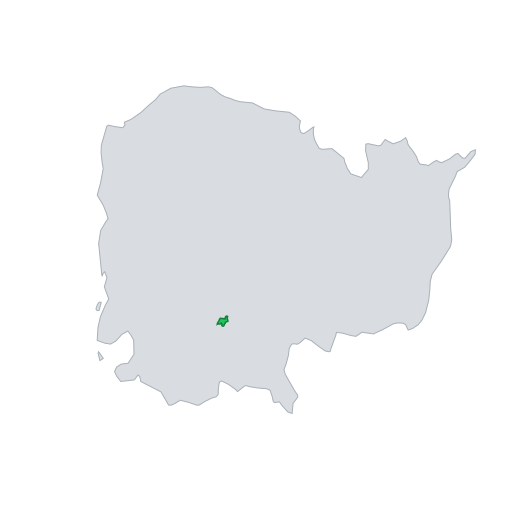 Praek Pnov, Kândal, Cambodia (highlighted), rotated 18°
{"feature_id": "14789045B33152667021058", "entity_name": "Praek Pnov", "entity_type": "district", "adm_level": 2, "iso_a3": "KHM", "parent_name": "Cambodia", "parent_adm1": "Kândal", "projection": "robinson", "projection_center": [104.788, 11.648], "detail": "fine", "context": "in_parent", "style": "filled", "palette": "green", "viewbox_px": 512, "rotation_deg": 18, "n_neighbors": 0, "source": "geoboundaries", "source_scale": "gbopen_adm2", "svg_char_len": 4469}
<svg xmlns="http://www.w3.org/2000/svg" viewBox="0 0 512 512"><g transform="rotate(18 256 256)"><path d="M431.8,87.2L432.9,91.5L430.1,99.7L427.0,107.2L421.2,113.6L421.0,118.4L419.0,132.7L419.8,137.2L421.2,141.1L423.0,143.2L428.1,157.1L432.7,169.8L437.2,180.2L438.0,186.8L433.9,203.5L429.1,218.9L429.6,226.5L431.7,234.2L433.9,244.4L434.8,257.4L433.6,265.9L431.4,271.2L427.3,276.6L423.6,279.4L419.3,274.8L415.8,274.6L411.1,276.0L407.5,278.1L400.0,286.1L391.8,293.8L380.3,295.8L375.9,301.5L371.1,302.3L362.0,302.6L356.1,303.9L356.4,306.8L355.9,320.5L356.1,323.6L355.2,324.5L351.1,324.9L344.1,322.8L334.7,319.4L328.0,318.9L324.6,324.9L322.5,327.2L320.0,327.5L317.4,328.6L316.5,331.2L316.3,334.5L317.5,340.2L318.0,349.2L317.7,355.4L320.2,359.3L334.5,372.3L338.8,375.6L339.3,377.5L336.8,384.6L339.0,394.6L334.5,394.5L327.0,390.2L323.4,387.5L319.1,389.6L317.5,389.2L314.6,384.3L310.8,379.3L306.8,379.0L298.4,381.0L289.9,382.3L286.6,382.3L285.3,383.2L280.3,390.7L278.2,389.4L269.6,386.6L261.8,385.5L260.1,387.4L261.1,393.5L262.8,399.4L261.8,402.0L257.5,405.1L251.8,410.7L248.3,415.1L245.9,416.2L237.2,416.0L228.5,416.6L225.0,420.7L221.8,423.9L219.0,424.8L207.6,414.6L185.2,411.0L182.7,406.5L180.6,405.6L178.5,411.5L166.2,417.1L161.0,413.7L157.2,409.6L157.8,404.6L161.3,400.4L167.5,397.5L170.3,387.1L165.7,373.9L161.6,370.0L157.3,367.0L152.7,371.9L148.9,380.3L144.9,384.7L139.3,385.6L131.0,385.3L127.8,372.7L126.8,361.9L127.9,349.6L129.2,342.3L121.3,332.2L120.9,322.6L117.0,317.7L115.9,320.2L116.0,322.9L114.9,321.0L102.5,292.8L100.4,279.8L102.6,269.7L103.8,266.4L100.2,261.1L95.2,255.1L86.2,247.2L85.6,234.8L83.7,220.1L81.0,215.1L76.9,206.1L74.7,198.6L74.0,178.8L75.1,177.2L81.5,176.6L89.6,175.2L90.9,172.0L89.5,169.4L94.7,164.9L102.2,155.1L108.0,144.8L112.2,138.3L114.7,131.9L123.1,122.8L134.7,116.5L142.5,115.0L150.7,112.9L158.5,109.8L162.3,109.5L172.0,113.2L177.2,114.2L182.8,114.1L188.5,114.5L193.5,114.1L205.4,111.5L218.1,113.6L229.4,112.0L243.3,109.0L250.2,110.9L256.5,113.8L257.3,119.9L258.8,122.6L260.9,124.8L263.7,124.8L267.2,120.5L270.2,116.2L271.2,115.4L271.3,117.5L272.8,122.2L275.5,126.9L278.2,129.9L282.7,134.0L285.6,134.2L295.1,130.4L309.5,136.0L311.1,138.8L315.8,144.5L320.8,148.6L332.0,148.8L336.0,138.8L334.0,132.6L327.7,122.0L325.9,115.7L327.9,114.5L338.7,113.4L340.5,112.1L342.9,105.2L345.8,106.0L351.8,106.9L358.1,102.1L361.8,97.2L363.9,99.4L366.1,102.9L368.6,104.9L373.1,107.9L378.1,112.1L381.3,116.3L383.8,117.9L390.2,116.7L391.9,116.9L395.6,111.9L398.2,109.2L400.5,109.9L403.7,109.9L410.4,103.5L414.2,97.6L416.3,96.1L422.3,99.0L424.7,98.4L428.1,90.3L431.8,87.2ZM123.6,356.1L122.4,356.9L121.2,356.8L120.1,355.7L120.2,351.1L121.1,348.4L123.1,347.9L123.6,356.1ZM142.4,400.6L139.9,403.7L135.9,397.4L135.9,395.7L142.4,400.6Z" fill="#d9dde1" stroke="#a8b0b8" stroke-width="1"/><path d="M248.6,325.3L248.5,325.1L248.4,324.9L248.2,324.5L248.0,324.2L247.9,323.9L247.9,323.7L247.8,323.4L247.7,323.1L247.7,322.8L247.6,322.4L247.6,322.2L247.4,322.2L247.1,322.2L246.9,322.2L246.6,322.2L246.4,322.3L246.4,322.5L246.5,322.8L246.4,322.8L246.2,322.8L245.9,323.0L245.9,323.4L245.9,323.5L245.8,323.8L245.8,324.0L246.0,324.3L245.8,324.6L245.7,324.7L245.6,324.9L245.5,325.2L245.5,325.3L245.7,325.5L245.4,325.6L245.2,325.6L244.8,325.6L244.7,325.7L244.4,325.6L244.2,325.7L243.9,325.7L243.7,325.7L243.4,325.8L243.2,325.9L242.7,326.0L242.2,326.1L241.8,326.1L241.6,326.1L241.4,326.2L241.2,326.3L241.2,326.6L241.2,326.8L241.2,327.0L240.8,327.6L240.9,327.8L240.9,328.0L240.9,328.5L240.8,329.0L240.7,329.3L240.7,329.5L240.6,329.8L240.5,330.1L240.4,330.5L240.3,330.8L240.3,331.0L240.4,331.3L240.4,331.5L240.2,331.7L240.1,331.9L240.1,332.0L240.1,332.3L240.2,332.5L240.3,332.6L240.3,332.8L240.4,332.7L240.5,332.6L240.7,332.4L240.8,332.2L241.0,332.2L241.3,332.0L241.5,332.1L241.8,332.1L242.0,332.1L242.3,331.9L242.5,331.9L242.8,331.8L242.9,331.7L243.0,331.7L243.3,331.4L243.3,331.2L243.4,330.9L243.5,330.9L243.7,330.7L243.8,330.5L244.0,330.6L244.2,330.8L244.4,330.9L244.6,331.0L244.7,331.5L244.8,332.0L244.9,332.4L244.9,332.5L245.1,332.5L245.3,332.8L245.5,332.9L246.0,332.9L246.2,333.0L246.3,333.0L246.5,332.9L246.6,332.7L246.9,332.4L247.0,332.2L247.0,331.9L247.1,331.7L247.0,331.4L247.0,331.1L247.1,330.9L247.1,330.6L247.1,330.4L247.1,330.2L247.3,329.9L247.5,329.7L247.3,328.6L247.7,328.2L248.6,327.5L248.7,327.4L249.5,326.7L249.4,326.5L249.2,326.3L249.1,326.0L249.0,325.9L248.9,325.7L248.7,325.5L248.6,325.4L248.6,325.3Z" fill="#22c55e" stroke="#15803d" stroke-width="1.5"/></g></svg>